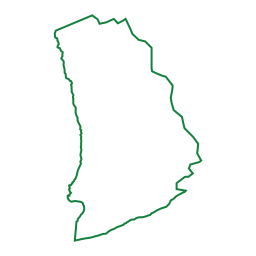 the district of Ledzokuku Municipal, Greater Accra, Ghana
{"feature_id": "2480657B94892111901595", "entity_name": "Ledzokuku Municipal", "entity_type": "district", "adm_level": 2, "iso_a3": "GHA", "parent_name": "Ghana", "parent_adm1": "Greater Accra", "projection": "albers", "projection_center": [-0.125, 5.602], "detail": "fine", "context": "isolated", "style": "outline", "palette": "green", "viewbox_px": 256, "rotation_deg": 0, "n_neighbors": 0, "source": "geoboundaries", "source_scale": "gbopen_adm2", "svg_char_len": 3089}
<svg xmlns="http://www.w3.org/2000/svg" viewBox="0 0 256 256"><path d="M55.8,30.6L54.8,33.6L55.0,36.8L55.5,37.7L55.8,37.9L56.8,38.0L57.4,39.1L57.4,40.7L58.1,41.5L58.8,44.4L57.8,45.6L57.6,46.3L57.5,47.2L58.4,47.8L59.9,48.2L60.2,49.1L60.6,49.6L60.8,50.6L62.7,52.2L62.7,52.9L62.3,54.5L62.5,56.1L61.3,58.5L63.1,60.6L63.6,61.3L63.8,62.4L63.5,64.9L64.1,67.4L64.6,69.7L64.6,71.2L64.7,72.9L65.0,73.3L65.7,73.9L65.7,75.7L66.0,77.5L66.1,77.9L67.4,78.7L68.0,78.9L68.8,79.2L69.9,80.8L70.8,80.9L71.4,81.7L72.0,83.4L71.7,84.1L71.0,84.7L71.7,86.9L71.5,87.6L71.8,90.9L71.5,91.6L73.4,95.1L73.3,95.8L73.0,96.5L73.0,98.0L73.5,98.9L73.2,99.9L73.2,100.6L73.4,101.4L73.2,102.9L73.4,103.6L73.7,104.8L74.2,105.4L74.7,106.3L75.7,107.5L75.7,108.6L75.6,112.7L76.6,116.0L77.6,117.5L77.5,120.0L77.7,120.8L78.3,122.3L79.9,125.3L80.4,126.5L80.4,127.6L80.3,128.1L80.2,129.4L81.2,130.2L81.0,131.6L81.6,133.4L80.5,134.7L80.5,135.3L81.1,136.0L81.3,136.9L80.9,138.6L81.3,140.1L81.3,140.8L81.2,141.6L81.1,143.6L81.2,145.3L80.8,146.7L81.4,149.9L80.8,153.0L80.5,154.2L80.6,156.1L81.1,157.5L81.4,158.6L81.4,159.3L80.5,161.3L80.4,162.3L80.9,162.8L80.8,163.9L77.7,170.7L77.3,173.0L76.7,175.3L76.2,176.8L75.4,178.8L74.5,179.5L74.1,180.9L73.4,181.7L72.9,182.0L72.4,182.5L72.4,183.4L71.6,183.9L71.1,184.9L70.3,185.0L69.2,185.4L69.1,186.2L69.7,187.0L69.7,188.4L69.0,189.2L69.6,190.4L69.6,191.4L71.0,192.8L69.5,194.5L69.5,195.6L68.7,195.9L68.1,195.5L67.7,195.9L67.8,197.0L67.6,197.9L68.4,199.2L68.8,199.9L69.6,200.7L70.1,201.1L71.4,201.7L73.3,201.3L75.1,201.0L76.9,201.3L78.7,201.5L80.3,201.8L81.9,202.4L82.6,202.8L83.2,204.9L83.9,205.9L84.1,207.2L84.2,208.8L83.9,209.9L83.8,210.9L83.2,212.1L82.1,213.8L81.0,214.6L79.9,216.6L78.2,218.5L77.8,219.3L77.6,220.8L76.5,221.7L76.3,223.6L76.1,226.1L74.8,240.6L80.8,239.3L83.2,238.8L86.4,238.2L88.1,238.1L90.0,237.7L91.1,237.5L92.1,237.2L93.9,236.7L94.9,236.4L96.0,236.1L96.8,236.0L97.5,235.6L98.8,235.5L100.5,234.7L101.3,234.5L102.0,234.1L102.8,234.1L103.7,233.8L104.9,233.8L105.9,233.7L106.9,233.0L108.6,231.4L108.9,231.4L111.1,230.0L114.3,228.8L117.3,227.0L119.9,226.2L121.6,225.5L123.6,224.7L124.3,223.8L124.6,223.6L125.3,223.3L125.9,223.2L126.3,223.0L127.4,221.9L128.4,221.6L130.2,220.2L131.0,219.9L131.6,219.7L132.6,219.6L134.4,219.4L136.4,218.1L137.6,217.6L139.6,217.3L143.0,217.2L146.7,216.1L148.3,215.4L150.1,215.0L151.7,213.2L154.0,212.2L155.3,211.4L156.8,210.4L160.5,208.7L164.5,207.3L166.3,206.8L169.2,203.9L170.1,201.9L170.6,200.7L171.7,199.8L172.8,199.4L174.2,198.3L176.0,196.4L178.7,194.8L181.3,193.5L182.5,192.8L184.2,192.1L185.1,191.5L185.8,190.7L176.6,189.1L176.6,183.2L180.5,180.2L185.0,176.8L188.4,176.8L192.8,173.4L188.9,168.5L190.4,164.5L199.2,162.1L201.2,160.6L197.2,153.3L198.2,143.9L193.3,137.1L184.5,128.2L183.0,121.9L182.0,117.0L173.7,110.1L171.7,103.2L170.7,97.8L172.2,90.5L172.7,85.6L165.8,76.7L162.4,75.8L157.5,73.8L152.1,71.3L151.6,68.4L151.6,57.6L151.6,52.7L151.6,47.8L145.2,41.4L138.8,39.9L132.5,34.1L130.0,28.2L125.6,18.9L122.7,20.8L117.8,23.3L113.8,18.9L106.5,22.3L99.6,23.8L97.6,19.3L92.2,15.4L55.8,30.6Z" fill="none" stroke="#15803d" stroke-width="2"/></svg>